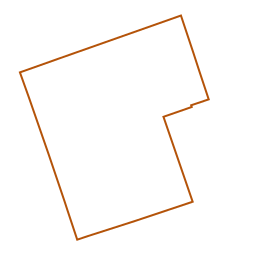 Livingston, Illinois, United States of America, rotated 252°
{"feature_id": "52423323B19180764669845", "entity_name": "Livingston", "entity_type": "district", "adm_level": 2, "iso_a3": "USA", "parent_name": "United States of America", "parent_adm1": "Illinois", "projection": "mercator", "projection_center": [-88.597, 40.865], "detail": "fine", "context": "isolated", "style": "outline", "palette": "amber", "viewbox_px": 256, "rotation_deg": 252, "n_neighbors": 0, "source": "geoboundaries", "source_scale": "gbopen_adm2", "svg_char_len": 367}
<svg xmlns="http://www.w3.org/2000/svg" viewBox="0 0 256 256"><g transform="rotate(252 128 128)"><path d="M127.2,44.4L77.3,45.0L68.4,45.0L37.5,45.2L37.6,56.9L37.4,106.7L37.9,166.7L127.7,165.2L128.3,195.1L130.1,195.1L130.3,213.6L160.2,213.4L179.0,213.4L218.6,213.1L215.4,83.7L214.3,42.4L187.1,43.2L127.2,44.4Z" fill="none" stroke="#b45309" stroke-width="2"/></g></svg>